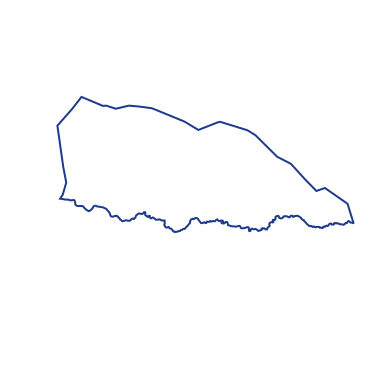 outline of Cagaannuur, Selenge, Mongolia, rotated 38°
{"feature_id": "93677404B10404624632937", "entity_name": "Cagaannuur", "entity_type": "district", "adm_level": 2, "iso_a3": "MNG", "parent_name": "Mongolia", "parent_adm1": "Selenge", "projection": "mercator", "projection_center": [105.5, 49.984], "detail": "fine", "context": "isolated", "style": "outline", "palette": "blue", "viewbox_px": 384, "rotation_deg": 38, "n_neighbors": 0, "source": "geoboundaries", "source_scale": "gbopen_adm2", "svg_char_len": 6101}
<svg xmlns="http://www.w3.org/2000/svg" viewBox="0 0 384 384"><g transform="rotate(38 192 192)"><path d="M111.7,272.6L112.4,271.8L113.4,271.4L113.9,270.7L114.8,270.4L115.5,270.4L117.3,270.9L117.8,270.9L119.1,271.1L122.2,270.8L122.4,270.7L122.6,270.4L122.7,269.9L123.2,269.3L123.2,268.9L123.4,268.4L123.5,267.8L123.6,265.7L123.3,264.7L123.4,264.0L123.6,263.1L124.1,262.5L124.8,262.0L126.1,261.8L126.9,261.4L127.3,261.1L128.5,260.4L129.3,260.1L130.8,259.1L131.7,258.8L133.0,258.6L133.8,258.2L135.9,258.2L137.2,258.7L138.2,258.7L140.3,259.4L141.9,260.5L143.1,261.0L143.7,260.9L145.0,260.1L145.5,259.1L146.2,258.0L146.9,257.7L147.2,257.2L147.5,257.0L148.2,257.2L149.1,257.0L149.5,257.3L149.9,257.4L150.9,257.3L151.5,257.5L152.1,257.9L152.6,257.9L153.5,257.7L154.5,257.9L155.4,257.7L157.3,255.0L159.3,254.0L159.9,253.6L160.6,253.0L160.9,252.2L161.0,250.3L161.1,250.2L161.9,249.2L162.6,249.3L162.9,249.0L162.8,248.4L163.2,247.3L162.9,246.5L162.5,245.1L162.5,244.5L162.8,243.7L163.0,242.2L163.6,241.4L163.9,241.2L165.1,240.8L165.2,240.6L166.1,240.1L166.5,239.5L166.7,239.1L166.7,238.7L166.5,237.8L166.8,237.3L167.4,236.8L167.8,236.8L168.1,237.0L168.2,237.3L168.5,238.1L169.5,239.0L170.6,238.9L171.1,238.7L171.4,238.7L171.5,239.0L172.9,238.6L173.0,238.3L173.0,237.8L172.8,237.1L173.0,236.9L173.4,236.8L173.7,237.1L173.9,237.4L174.1,237.9L175.7,238.2L176.0,238.0L176.6,236.6L176.8,236.2L178.7,235.9L180.1,236.1L180.9,235.9L181.8,235.0L182.4,234.7L183.3,233.5L183.5,233.4L184.3,233.2L184.7,233.3L185.1,233.2L186.2,232.7L186.5,232.5L187.0,232.2L187.5,231.5L187.7,231.4L188.0,231.4L188.3,231.8L188.9,232.2L189.0,232.6L189.3,233.0L189.9,233.5L190.0,233.8L190.1,234.6L190.6,235.1L191.1,235.2L191.5,235.6L193.2,236.0L193.5,235.9L194.1,235.3L194.4,235.1L194.8,234.3L195.1,234.0L195.5,234.0L196.7,234.4L197.2,234.3L197.9,233.8L198.2,233.8L200.1,234.0L200.9,234.5L201.8,234.4L202.4,234.1L203.0,234.3L203.1,234.2L203.6,233.3L204.9,232.5L205.2,231.6L205.4,231.3L205.7,230.8L206.2,230.5L206.5,230.1L206.8,228.6L207.5,227.9L207.6,227.3L207.9,226.4L209.0,225.5L208.9,225.0L209.1,224.1L209.0,223.8L209.1,223.0L209.2,222.5L209.3,221.3L209.4,221.0L209.3,220.5L209.3,219.4L209.5,218.1L209.5,217.4L208.6,216.5L208.4,215.7L208.4,215.3L208.3,215.0L208.2,214.2L208.6,213.6L208.9,212.8L209.5,212.6L210.0,212.3L210.3,211.5L210.7,210.5L211.4,209.7L213.1,209.4L213.7,209.7L214.0,209.9L217.1,210.6L218.0,210.9L218.7,210.6L219.2,210.3L220.3,208.3L220.7,208.2L221.6,208.2L222.1,207.7L222.3,207.5L222.3,207.2L222.0,206.6L222.0,206.2L222.6,205.9L223.0,205.5L223.4,205.3L224.2,204.5L224.3,203.6L224.7,203.5L225.3,203.6L225.6,202.9L226.4,202.1L227.1,201.5L227.8,201.2L228.0,201.1L228.1,200.9L228.2,200.2L228.2,199.0L228.9,198.0L230.1,198.4L230.7,198.4L231.9,197.7L232.0,197.6L232.0,197.4L232.7,196.3L233.0,196.1L233.6,195.8L234.4,195.9L234.8,196.2L234.8,196.4L234.8,196.7L234.6,196.9L234.4,197.7L234.3,198.1L234.7,198.1L235.6,197.9L236.5,197.1L236.8,196.7L237.0,195.0L237.5,194.4L237.9,194.2L238.4,194.1L238.9,194.3L240.8,195.9L241.2,195.9L242.0,195.4L244.3,194.6L244.7,194.4L245.8,193.5L248.2,192.1L248.7,191.4L249.8,189.8L250.1,189.6L250.9,189.4L251.9,189.7L252.3,190.1L253.0,190.2L254.3,189.5L254.6,189.2L254.8,188.7L255.9,187.7L256.1,187.1L256.7,186.4L257.1,185.7L257.7,185.3L258.1,185.1L258.5,185.1L259.7,186.2L260.3,186.9L260.8,187.4L261.4,187.5L261.9,186.9L261.9,186.5L261.5,185.4L261.4,184.8L261.4,184.4L261.6,184.2L261.9,183.9L263.1,183.7L263.5,183.5L263.9,183.2L264.7,182.0L265.5,181.8L268.4,181.8L268.8,181.0L269.7,179.9L270.2,179.1L270.2,178.8L270.0,178.6L269.8,178.6L269.5,178.4L269.6,177.7L269.7,177.2L270.0,177.0L271.1,176.6L271.2,176.2L271.4,176.1L273.3,176.1L274.2,175.1L274.1,174.9L273.7,174.2L273.5,173.6L273.6,173.0L274.0,171.8L274.1,170.9L273.9,170.6L272.8,170.0L272.4,169.0L272.3,168.5L272.4,168.3L272.8,167.7L272.9,167.2L273.1,166.9L273.5,166.6L274.3,166.3L274.5,166.2L274.6,165.9L274.6,165.5L274.3,165.2L273.4,164.9L273.4,164.3L273.1,164.1L274.3,163.2L274.5,162.8L274.4,161.9L273.3,160.6L273.2,160.0L273.3,159.4L274.3,158.0L274.8,157.7L275.1,157.7L275.9,158.3L276.3,158.2L276.7,158.6L276.9,158.6L278.3,158.1L278.6,157.9L279.3,156.7L279.4,156.4L279.4,156.1L279.2,155.5L279.2,154.9L279.4,154.5L279.9,154.3L281.0,153.1L281.6,152.8L282.0,152.8L283.4,152.3L284.1,152.2L284.5,151.7L284.6,151.0L284.4,150.6L284.4,150.2L284.8,149.5L286.0,148.9L286.6,149.4L286.8,149.4L287.2,149.2L287.4,149.0L287.8,147.8L288.3,147.1L288.6,147.0L289.2,146.3L289.7,145.9L290.3,145.6L290.9,145.5L293.7,145.2L294.5,145.7L295.2,145.6L296.1,145.8L297.8,145.4L298.4,145.9L299.1,145.9L300.2,146.1L300.9,146.1L301.3,146.3L303.0,146.5L304.2,146.4L305.1,146.7L306.4,146.0L306.7,145.4L307.0,145.3L308.5,145.3L308.6,145.2L309.1,144.3L309.6,144.0L310.1,144.0L310.3,144.1L310.7,143.9L311.5,143.3L311.6,142.9L311.8,142.7L312.5,142.1L313.3,141.6L313.6,141.3L314.0,141.2L314.6,141.4L315.2,140.8L315.8,140.8L316.4,140.5L316.9,140.0L316.9,139.9L316.7,139.4L316.8,139.2L317.1,139.1L317.0,138.7L317.0,138.4L317.3,138.1L317.6,138.1L317.8,137.3L318.4,137.0L318.5,136.1L318.8,135.7L319.5,135.5L320.0,135.0L319.9,133.0L320.2,132.1L320.6,131.5L320.9,131.3L321.4,131.3L322.0,131.7L322.9,130.8L323.6,130.6L323.6,130.2L323.3,129.5L323.3,128.9L323.5,128.7L324.2,128.5L324.5,127.7L325.0,127.5L325.8,127.5L326.0,127.3L326.6,126.6L326.9,126.5L327.9,126.6L328.3,126.5L328.8,126.2L329.0,125.8L330.4,125.0L331.3,124.8L331.4,124.7L332.1,123.5L332.0,122.6L332.1,122.0L332.3,121.7L332.8,121.5L333.1,121.2L333.1,120.5L332.9,119.6L333.0,119.1L333.4,118.4L334.1,118.3L335.6,118.5L336.2,118.2L337.0,117.4L337.4,117.5L337.6,117.2L338.9,117.4L321.8,105.5L294.3,107.0L289.3,114.6L273.7,112.5L252.6,108.9L237.4,111.8L207.1,108.2L197.7,109.2L170.9,119.4L169.0,121.9L158.8,139.2L142.9,141.1L108.8,150.7L97.4,157.4L89.1,162.8L80.7,173.3L71.3,176.7L68.8,179.0L46.4,185.1L46.4,200.5L45.1,222.6L75.1,251.5L87.1,262.0L91.8,273.7L92.2,278.5L94.3,277.2L96.2,276.3L97.6,275.4L99.4,274.0L100.4,273.9L101.7,273.1L102.0,273.0L102.7,272.1L103.5,271.4L104.0,271.0L104.6,271.1L105.8,271.6L107.7,273.6L108.3,273.9L110.0,273.6L110.7,273.4L111.7,272.6Z" fill="none" stroke="#1e3a8a" stroke-width="2"/></g></svg>